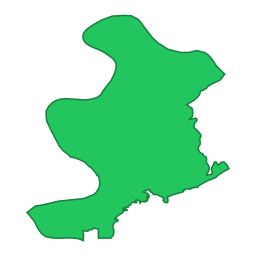 the district of Ceatalchioi, Tulcea, Romania
{"feature_id": "2599482B17078963684272", "entity_name": "Ceatalchioi", "entity_type": "district", "adm_level": 2, "iso_a3": "ROU", "parent_name": "Romania", "parent_adm1": "Tulcea", "projection": "mercator", "projection_center": [28.823, 45.276], "detail": "fine", "context": "isolated", "style": "filled", "palette": "green", "viewbox_px": 256, "rotation_deg": 0, "n_neighbors": 0, "source": "geoboundaries", "source_scale": "gbopen_adm2", "svg_char_len": 5801}
<svg xmlns="http://www.w3.org/2000/svg" viewBox="0 0 256 256"><path d="M224.8,74.2L216.4,65.9L212.0,59.2L208.0,54.7L204.7,52.6L202.8,52.1L196.7,50.5L189.2,52.4L180.6,52.5L167.7,49.2L158.0,42.9L152.3,37.6L144.9,28.0L140.1,21.3L138.0,19.3L131.4,15.8L123.2,15.4L121.7,15.6L112.2,16.1L101.0,20.3L93.3,24.7L87.9,28.5L86.0,30.1L84.0,32.6L82.9,35.7L83.3,39.6L86.0,43.5L91.3,46.7L98.4,49.5L104.5,52.5L112.9,58.6L115.2,61.8L116.0,63.6L116.2,66.0L115.5,70.3L113.4,75.9L110.7,81.1L104.4,88.9L100.3,95.3L96.5,97.7L91.1,99.2L84.4,100.0L74.9,99.2L65.6,98.7L60.3,99.2L56.1,100.5L52.7,102.4L48.7,106.3L46.1,111.3L46.2,116.3L46.9,121.6L51.7,131.6L59.5,146.4L63.2,150.7L67.6,154.1L70.7,157.1L74.4,157.7L79.5,159.6L84.5,161.9L88.7,166.2L92.2,168.6L95.9,173.4L97.1,175.7L98.6,176.0L98.8,176.7L99.6,181.6L99.6,184.7L99.5,185.9L99.0,187.6L98.6,188.6L96.9,191.4L96.0,192.5L95.2,193.3L93.8,194.4L92.8,195.0L88.1,196.7L86.3,197.6L84.9,198.1L83.6,198.5L82.6,198.7L58.7,201.1L43.0,204.8L42.0,204.9L41.7,205.1L40.9,205.3L35.9,206.0L35.3,206.1L27.0,212.4L29.9,215.8L31.7,218.2L33.5,220.1L35.1,222.7L36.9,226.4L38.7,229.7L41.2,233.1L42.9,234.6L45.5,236.6L48.8,237.3L53.7,238.1L57.8,238.2L61.7,238.2L62.2,238.1L64.2,238.0L68.5,237.9L75.4,238.3L78.1,238.7L80.5,239.4L82.9,240.5L83.4,240.6L83.5,235.2L83.4,234.6L83.5,233.5L83.4,233.1L82.8,230.7L83.4,230.6L85.7,231.0L86.8,231.4L87.0,231.3L87.4,231.2L87.9,231.1L88.3,230.8L88.5,230.7L88.8,230.2L89.0,230.0L89.3,229.9L89.8,229.8L90.3,229.8L90.8,229.8L91.4,229.8L91.9,229.6L92.3,229.4L92.3,229.0L92.4,228.8L92.8,228.6L94.2,228.4L96.0,228.4L96.4,228.7L96.8,228.8L98.5,229.2L98.3,232.4L98.3,232.7L98.4,233.0L98.3,236.4L98.4,236.9L98.6,238.2L99.3,238.1L111.0,238.1L111.1,237.6L111.4,237.3L113.1,235.6L113.2,235.2L113.4,234.8L113.6,233.5L113.8,232.4L113.8,231.0L113.7,230.0L113.4,228.8L112.9,227.6L112.8,227.2L112.9,226.8L112.9,226.4L112.9,225.7L113.8,223.9L114.3,222.9L114.8,222.3L115.4,221.8L116.1,221.6L116.5,221.3L117.0,221.1L117.5,221.2L117.8,221.1L118.0,220.9L118.0,220.2L117.6,219.5L117.2,219.1L116.5,219.1L115.0,219.5L114.7,219.3L114.5,218.9L114.8,218.7L117.1,216.3L122.0,213.1L122.7,212.2L123.1,211.9L123.4,211.5L123.3,211.1L123.0,210.2L123.0,209.4L123.2,208.7L123.3,208.5L123.4,208.2L123.4,207.9L123.5,207.8L123.8,207.6L124.1,207.7L124.4,208.0L124.5,208.8L124.3,209.1L124.1,209.5L124.1,209.9L124.3,210.4L124.5,210.7L124.8,210.7L125.1,210.5L125.5,210.1L125.9,209.9L126.1,210.0L126.6,210.4L126.9,210.5L127.2,210.3L127.1,209.8L126.9,209.5L126.3,209.5L125.7,209.3L125.3,209.0L125.3,208.6L126.2,207.0L126.7,206.8L127.4,207.0L128.0,207.4L128.3,207.1L128.3,206.9L128.3,206.5L128.7,205.6L129.0,205.2L129.3,205.1L130.1,205.4L130.3,205.3L130.5,205.1L130.7,204.3L130.9,203.8L131.3,203.4L132.4,202.6L132.9,202.4L134.4,202.4L135.6,202.7L136.8,202.5L136.8,202.2L136.7,201.9L135.7,201.9L135.2,201.5L135.1,201.3L135.4,200.8L136.2,200.0L136.7,200.2L137.9,200.2L138.4,200.2L138.8,200.3L139.3,200.6L139.6,201.3L139.7,202.0L140.1,203.2L140.3,202.9L140.3,202.6L140.7,202.0L141.0,201.7L142.3,201.5L142.8,201.6L143.2,201.8L143.5,201.8L143.8,201.8L144.2,201.5L145.2,202.0L145.7,201.8L145.7,201.6L145.7,201.0L145.8,200.8L146.1,200.7L146.4,200.7L146.8,200.9L147.5,200.4L147.8,199.8L147.9,199.4L147.8,199.1L147.3,199.1L147.1,199.0L147.0,198.7L146.8,198.2L146.7,197.8L146.5,197.4L146.6,197.2L146.9,196.9L147.2,197.0L147.3,197.1L147.8,197.8L148.2,197.8L148.4,197.7L148.8,197.4L149.1,196.9L149.0,196.5L148.0,196.2L147.9,196.0L148.0,195.9L148.3,195.6L148.5,195.4L148.9,195.3L148.8,195.2L148.0,194.0L147.6,193.5L147.2,193.1L146.3,193.1L145.8,192.9L145.4,192.7L144.0,192.1L143.3,191.8L143.4,191.4L143.7,191.4L145.0,190.7L145.7,190.4L145.9,190.5L146.1,190.8L146.3,190.9L146.6,190.7L146.8,190.2L147.0,190.0L148.1,190.0L148.7,189.8L149.0,189.6L149.7,189.7L150.0,189.9L150.1,190.3L149.9,190.9L149.9,191.2L150.1,191.5L150.5,191.9L151.2,192.1L152.2,192.7L152.8,193.6L153.1,194.0L153.5,194.4L154.0,194.5L154.6,194.4L155.0,194.7L155.5,194.6L155.9,194.4L156.3,194.3L157.0,194.7L157.4,194.8L158.1,195.1L159.1,195.7L160.1,196.2L162.6,197.3L163.1,197.7L163.5,198.1L163.8,198.6L163.8,198.8L163.3,199.2L163.2,199.6L163.2,200.1L163.1,200.6L163.3,200.9L164.1,201.6L164.2,201.8L164.6,202.1L165.0,202.3L166.3,202.6L167.0,202.7L167.5,202.6L167.7,202.3L167.7,201.9L167.9,201.5L168.0,200.0L167.9,199.2L167.5,198.6L167.6,197.6L167.4,197.1L167.5,196.8L167.6,196.6L168.7,196.5L170.2,195.9L173.5,194.5L175.4,194.1L177.1,193.5L177.9,193.5L178.6,193.3L179.1,193.0L179.9,192.7L180.6,192.6L182.1,192.2L183.5,191.5L183.8,189.7L184.4,189.6L184.7,189.6L185.0,189.9L185.2,189.4L185.6,189.0L186.0,188.9L186.8,188.9L187.0,188.7L187.3,188.6L187.7,188.9L188.2,189.0L188.4,189.0L188.6,189.1L188.9,189.1L189.4,188.9L189.7,188.9L189.9,189.1L190.2,189.3L190.4,189.1L190.8,188.4L191.1,188.2L191.5,188.3L191.8,188.3L192.6,187.7L193.8,187.9L194.1,187.7L194.4,187.3L198.0,187.1L197.9,186.3L202.9,183.2L204.6,182.2L206.6,181.2L215.8,177.5L217.5,175.7L219.2,174.4L224.8,170.8L229.0,168.8L226.8,164.7L224.0,161.9L221.1,162.4L219.1,164.4L217.9,164.7L215.8,161.9L214.7,162.0L214.0,162.7L213.3,165.1L211.6,168.0L211.3,169.4L212.6,173.5L210.3,174.6L206.7,175.1L206.9,173.5L208.6,171.3L209.3,167.7L208.8,166.1L206.3,162.1L206.7,159.7L206.1,157.4L205.8,156.6L204.5,156.3L203.2,155.2L202.8,153.7L200.7,152.9L199.8,152.3L198.2,149.1L198.4,146.8L199.8,145.1L200.2,143.6L199.8,138.7L201.0,136.1L200.7,134.6L197.2,130.3L196.2,129.4L194.6,128.4L194.0,126.2L194.1,124.5L194.6,123.1L196.8,120.6L196.9,119.0L195.6,118.1L193.1,118.8L189.6,119.3L192.2,116.7L192.6,115.3L192.8,112.4L192.3,109.1L191.6,107.7L190.3,107.6L188.1,105.4L186.4,104.8L193.1,100.9L197.3,97.4L199.5,94.6L200.6,91.0L201.4,90.5L203.5,90.2L204.6,88.7L206.1,88.7L208.4,85.9L211.3,84.2L213.6,83.1L217.8,81.2L219.7,80.3L220.6,79.5L222.7,76.7L224.8,74.2Z" fill="#22c55e" stroke="#15803d" stroke-width="1.5"/></svg>